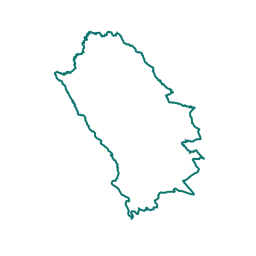 the district of Marolambo, Atsinanana, Madagascar, rotated 132°
{"feature_id": "10022922B10629043557873", "entity_name": "Marolambo", "entity_type": "district", "adm_level": 2, "iso_a3": "MDG", "parent_name": "Madagascar", "parent_adm1": "Atsinanana", "projection": "equal_earth", "projection_center": [47.828, -20.084], "detail": "fine", "context": "isolated", "style": "outline", "palette": "teal", "viewbox_px": 256, "rotation_deg": 132, "n_neighbors": 0, "source": "geoboundaries", "source_scale": "gbopen_adm2", "svg_char_len": 5769}
<svg xmlns="http://www.w3.org/2000/svg" viewBox="0 0 256 256"><g transform="rotate(132 128 128)"><path d="M70.8,121.8L71.3,123.6L71.8,124.1L72.4,127.0L72.0,127.5L72.1,129.2L71.7,131.1L72.1,131.7L72.5,131.6L72.7,132.2L71.9,133.7L72.1,135.3L71.8,135.6L71.2,135.4L71.1,136.0L71.5,136.8L72.2,137.5L71.5,139.5L71.7,141.3L70.1,144.9L69.5,145.8L69.2,147.5L68.2,147.5L67.6,148.6L67.1,148.8L66.4,149.9L66.8,150.9L66.8,151.9L67.4,153.2L67.1,154.1L67.7,155.9L67.3,156.8L67.7,159.1L66.6,161.4L65.9,162.3L64.8,164.8L64.2,165.2L64.3,166.4L63.4,167.3L63.2,168.5L63.7,169.2L63.8,170.2L64.7,170.5L65.4,171.8L65.3,172.7L65.8,173.3L64.1,175.7L64.3,177.7L64.0,179.6L64.3,180.6L65.5,181.3L65.4,182.6L65.1,183.1L66.1,184.5L66.9,185.0L66.8,186.0L67.4,187.8L64.4,195.4L64.3,197.4L64.7,198.4L64.6,199.4L64.9,199.2L66.3,199.9L67.5,199.0L67.9,199.8L69.2,200.5L69.3,201.6L68.1,204.2L69.6,206.9L71.0,207.3L72.5,206.6L72.9,206.1L73.3,206.1L73.8,207.1L74.1,206.7L74.8,207.2L75.8,207.1L76.2,208.3L77.2,208.4L77.5,209.0L77.4,209.6L77.2,210.2L76.8,210.4L76.2,212.9L77.0,213.4L78.6,215.2L78.9,215.3L79.6,214.5L80.1,215.0L80.2,215.5L80.0,216.4L81.0,217.7L81.1,218.8L81.7,219.7L81.7,220.4L82.2,220.7L83.3,219.9L83.3,220.7L83.8,220.4L84.1,221.0L85.1,220.4L86.2,221.2L86.5,220.9L86.6,219.7L87.1,219.9L88.1,219.6L88.6,219.6L89.4,220.9L90.3,220.3L90.5,219.5L90.4,218.8L89.6,218.4L89.5,217.8L89.8,217.6L91.7,218.8L93.4,218.9L93.8,217.8L94.3,217.5L95.0,218.6L95.6,218.6L96.6,216.8L96.5,215.9L97.5,214.5L97.8,214.2L99.1,214.2L100.3,213.6L101.2,212.0L101.4,212.3L102.3,212.3L102.8,212.6L103.4,211.9L103.8,211.9L106.2,213.8L106.5,214.8L107.4,214.5L107.6,215.2L108.0,215.4L108.4,215.5L109.2,214.4L110.4,214.0L110.8,215.2L111.8,215.2L112.3,214.6L112.4,213.8L113.1,213.8L113.3,214.1L113.7,214.1L114.1,212.5L114.4,212.5L115.6,210.1L116.5,210.5L117.1,210.2L118.1,207.4L118.9,207.0L120.3,207.5L121.7,207.2L124.9,207.9L125.6,207.7L126.4,208.8L126.0,209.6L126.4,210.3L127.2,210.9L127.6,210.9L127.9,210.0L129.0,210.3L129.7,210.7L129.8,211.7L130.1,212.0L130.9,211.0L131.2,211.1L131.5,211.7L131.6,212.3L131.8,212.5L131.8,213.3L132.1,213.8L132.1,214.8L132.6,215.0L133.5,216.8L133.3,218.0L135.7,219.1L136.0,219.0L136.9,218.5L136.8,217.5L138.3,214.8L138.8,212.8L138.6,211.9L138.7,210.6L138.1,210.2L137.6,209.3L138.1,207.0L139.2,205.9L138.6,203.5L139.4,201.8L141.1,199.6L141.2,199.0L141.0,198.5L141.5,197.3L142.1,196.9L142.0,195.6L143.4,192.6L144.5,189.0L144.5,187.3L145.1,186.5L145.8,186.7L145.9,185.8L145.3,185.6L145.7,184.8L145.9,183.3L146.3,183.4L146.6,182.7L147.5,182.4L147.5,180.8L148.3,179.1L148.8,178.6L149.2,176.7L150.1,175.6L150.7,175.3L151.2,174.1L151.0,173.3L150.1,172.3L149.9,171.1L149.0,170.7L148.5,169.8L148.4,168.1L149.1,166.1L150.5,165.4L150.9,164.7L151.1,163.3L152.1,161.5L152.9,160.5L152.6,158.7L153.5,158.1L154.6,155.5L154.4,154.2L154.7,152.5L153.8,151.8L153.6,150.2L154.4,148.3L155.9,147.5L156.3,146.8L156.4,144.4L155.9,141.7L155.4,140.8L155.4,139.6L155.6,139.0L157.4,138.2L157.7,137.1L157.1,133.9L157.3,132.6L157.0,130.8L157.1,129.2L158.1,126.9L157.6,125.7L157.8,122.7L158.4,121.6L158.6,121.6L159.1,122.6L159.8,122.5L159.9,120.2L160.7,119.3L160.8,117.2L161.2,116.8L160.7,115.7L160.8,115.1L161.2,114.2L162.0,113.2L161.9,111.8L162.8,110.6L163.6,110.2L164.0,109.4L164.2,109.8L164.6,109.1L166.0,107.8L167.9,104.5L171.9,103.0L172.6,102.3L173.9,102.6L175.6,101.9L176.8,103.5L178.0,103.9L179.7,103.4L180.3,102.8L180.4,100.8L179.7,97.2L179.7,94.3L181.7,88.2L181.6,87.4L180.8,85.8L180.8,84.3L179.7,81.2L179.7,80.4L181.4,78.3L182.2,78.5L182.9,80.0L183.6,80.2L185.1,79.6L186.7,78.0L187.6,75.0L188.4,73.7L189.0,71.9L191.2,70.9L191.6,70.5L192.3,68.8L191.8,66.4L192.8,64.7L191.9,64.5L190.3,65.2L189.9,65.8L189.2,68.5L188.8,69.1L187.5,69.4L185.6,67.3L185.9,64.3L185.7,63.6L185.3,63.2L184.5,63.3L183.1,64.6L181.7,64.7L180.5,65.8L180.2,64.0L178.8,60.6L178.0,60.7L176.7,59.8L175.3,61.0L174.8,60.9L174.5,60.2L175.2,58.6L174.3,57.4L174.0,56.2L172.9,55.9L171.3,54.5L169.9,55.7L167.4,53.3L165.6,54.9L165.2,56.0L165.2,57.4L164.2,59.5L163.2,59.4L161.5,58.6L159.7,58.5L159.4,58.6L157.4,60.7L156.5,60.5L155.6,61.0L154.0,60.5L153.5,60.0L152.8,58.6L150.6,56.7L149.0,55.9L145.4,52.1L144.5,50.8L143.8,50.9L143.3,52.7L141.8,52.7L141.2,51.8L140.5,47.6L138.8,45.7L134.9,36.6L133.8,35.5L133.6,34.8L133.1,34.8L132.8,35.3L131.9,40.7L131.9,42.5L131.1,47.7L131.0,49.8L130.4,51.6L130.0,51.5L129.0,50.4L128.5,50.6L126.9,49.9L124.5,49.6L123.8,49.3L123.2,49.5L121.4,49.1L116.8,48.0L115.6,47.1L113.3,46.8L112.8,47.4L112.0,47.4L111.0,48.0L110.7,49.7L110.8,50.5L110.7,52.3L109.4,54.3L109.1,55.8L108.6,57.1L108.5,58.3L107.9,58.8L106.8,58.5L105.3,56.3L104.8,56.1L103.4,54.2L102.1,54.6L101.4,53.8L100.7,53.7L99.9,50.3L100.0,55.1L99.7,58.4L99.3,60.7L98.8,62.1L99.3,62.7L100.1,62.9L100.6,63.5L102.0,63.3L102.4,64.4L102.9,64.8L104.9,65.5L104.0,66.3L103.8,66.8L104.6,68.7L104.3,68.9L104.3,70.8L103.7,71.9L103.9,73.3L103.5,74.5L103.8,74.4L104.0,74.8L103.9,75.4L104.0,75.9L103.5,77.5L102.6,78.0L102.1,77.4L100.7,77.1L100.1,75.8L99.5,75.8L99.1,75.4L98.7,76.0L98.7,75.3L98.3,75.1L97.3,75.2L95.8,71.9L94.3,70.6L91.1,69.8L87.6,66.8L86.0,68.8L84.8,71.8L83.5,73.7L81.3,74.1L81.4,75.4L82.0,77.0L82.3,78.8L82.1,80.6L81.2,82.8L81.4,83.9L80.6,84.3L77.8,87.7L77.6,89.6L75.0,92.1L73.5,92.3L68.8,92.0L69.1,92.6L68.8,92.9L69.4,93.4L69.6,94.3L70.1,94.4L70.1,94.7L69.7,95.0L70.0,95.8L70.7,95.4L70.9,96.2L71.5,96.2L71.4,97.0L73.0,99.4L72.9,100.3L73.2,101.0L73.5,101.2L74.1,101.1L74.7,101.6L74.9,103.9L75.4,105.0L75.3,105.8L76.0,106.4L76.1,107.1L76.6,107.3L76.7,108.2L77.7,109.2L78.3,111.0L79.4,111.7L79.6,112.6L81.0,113.9L81.3,114.8L79.8,118.0L79.3,118.3L79.5,119.1L78.7,120.3L78.7,121.0L78.4,120.9L78.2,121.3L77.1,120.6L76.1,120.7L75.3,119.6L73.8,119.3L73.1,119.6L71.6,118.5L71.2,119.3L71.7,121.1L71.3,121.7L70.8,121.8Z" fill="none" stroke="#0f766e" stroke-width="2"/></g></svg>